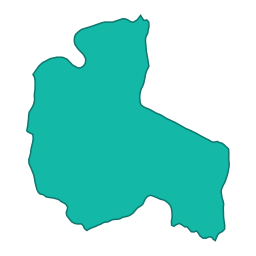 outline of Capinópolis, Minas Gerais, Brazil
{"feature_id": "56859067B52140573071662", "entity_name": "Capinópolis", "entity_type": "district", "adm_level": 2, "iso_a3": "BRA", "parent_name": "Brazil", "parent_adm1": "Minas Gerais", "projection": "equal_earth", "projection_center": [-49.565, -18.674], "detail": "fine", "context": "isolated", "style": "filled", "palette": "teal", "viewbox_px": 256, "rotation_deg": 0, "n_neighbors": 0, "source": "geoboundaries", "source_scale": "gbopen_adm2", "svg_char_len": 3154}
<svg xmlns="http://www.w3.org/2000/svg" viewBox="0 0 256 256"><path d="M140.6,15.4L137.3,19.8L133.4,22.2L130.8,21.7L127.6,19.8L125.7,19.0L122.8,18.7L120.4,19.5L112.5,22.1L109.6,22.1L104.8,22.1L102.4,22.6L89.5,27.0L81.6,29.4L78.7,31.5L75.7,34.3L74.7,36.5L74.3,39.5L74.4,42.1L75.1,44.7L78.2,49.1L83.7,54.8L85.8,59.1L85.3,63.2L83.6,65.9L80.6,67.8L78.0,68.0L72.5,64.9L67.0,59.2L63.2,57.5L61.4,57.2L57.0,57.2L50.1,58.7L42.5,62.7L39.2,65.7L33.0,74.4L34.7,77.8L35.1,81.2L35.1,85.4L35.0,89.8L34.5,93.1L34.3,95.9L34.6,99.6L34.1,102.4L33.4,104.7L32.4,107.0L30.8,109.6L29.2,112.2L28.6,115.7L28.5,118.8L28.1,121.8L27.9,124.7L27.3,127.9L26.8,130.8L28.2,132.2L30.4,133.1L32.8,134.5L33.2,138.0L32.8,141.8L32.1,144.5L31.4,147.6L30.8,150.3L30.7,152.8L29.9,156.0L28.8,159.6L29.0,163.5L30.2,166.3L31.2,168.5L32.4,171.4L33.8,175.2L34.6,179.1L35.1,182.5L35.7,184.8L36.4,187.6L37.2,190.1L38.5,192.6L40.1,194.0L42.0,194.4L43.9,195.0L46.0,196.8L48.8,197.4L51.1,197.7L53.3,198.0L55.5,198.6L57.7,199.2L59.5,200.1L61.2,201.6L63.3,202.6L66.1,204.4L67.7,207.4L67.1,210.1L66.2,212.3L66.7,215.4L68.6,218.0L70.2,220.0L71.8,221.9L74.4,223.3L76.9,223.9L78.8,223.9L81.4,223.9L83.2,225.7L84.7,228.8L86.9,230.5L89.1,229.0L91.1,228.1L93.6,227.1L95.9,226.3L97.8,225.2L100.5,224.3L103.0,222.8L104.9,222.2L107.9,221.9L110.3,220.7L112.2,219.8L114.0,219.4L116.7,219.3L119.7,218.9L122.2,217.5L124.2,216.9L126.2,216.6L128.5,215.9L130.9,214.7L133.3,212.9L135.7,209.9L137.8,207.6L140.4,206.2L142.7,204.3L144.3,201.0L145.4,198.8L147.0,196.9L148.9,195.7L150.8,195.3L152.9,196.0L155.4,197.0L157.8,198.0L160.1,199.1L162.5,199.7L164.4,200.3L166.2,201.5L168.2,203.1L170.1,205.2L171.2,207.7L171.8,210.3L172.1,214.3L172.0,218.2L171.4,221.3L171.6,225.2L174.0,226.3L176.3,224.6L179.4,223.4L182.5,225.2L184.7,226.8L187.2,226.9L189.0,229.0L191.2,231.7L194.1,232.0L196.3,230.8L198.1,232.7L200.0,235.9L202.8,238.1L205.9,238.3L209.1,236.8L211.8,237.3L213.3,239.3L215.3,240.6L216.6,237.3L218.1,234.2L220.1,232.6L222.4,231.5L224.6,229.1L224.7,225.2L224.0,220.6L223.5,216.4L223.5,212.7L223.3,209.7L223.4,206.7L223.7,204.2L223.1,201.0L222.1,198.0L221.7,195.6L221.3,192.7L221.3,190.1L222.1,187.8L223.2,185.3L224.5,182.9L225.5,180.6L226.4,177.8L227.3,175.0L228.0,172.4L228.5,169.4L229.0,166.8L229.2,164.3L228.9,161.2L228.7,158.1L228.8,154.8L228.8,152.3L228.5,148.9L225.7,146.3L223.8,144.5L222.0,143.2L219.5,142.6L217.5,141.5L214.9,142.0L212.0,142.0L209.2,140.2L206.3,138.8L204.0,137.6L201.3,136.2L198.5,134.6L196.1,133.2L193.8,132.2L191.3,130.9L188.7,129.7L185.9,128.6L183.3,127.1L181.5,126.1L179.9,125.1L177.7,124.0L175.5,122.6L172.8,121.4L170.1,120.1L167.9,119.1L166.1,118.3L163.7,116.7L161.2,115.2L159.2,114.3L157.5,113.6L155.7,112.9L153.5,111.6L150.9,110.1L149.0,109.2L146.7,108.3L143.7,106.9L141.4,105.2L140.2,102.7L139.9,99.7L139.7,96.9L140.0,93.7L140.5,91.4L141.2,89.0L142.3,87.0L143.3,84.5L144.0,82.2L144.5,79.7L145.0,77.4L145.6,73.8L146.8,70.4L147.9,68.3L148.9,66.2L148.4,63.2L147.7,58.9L147.0,54.9L146.4,51.5L146.1,48.6L145.9,45.1L145.4,41.3L145.6,38.0L146.5,35.6L147.6,33.6L148.2,30.0L149.0,26.3L148.8,22.2L146.9,20.0L143.8,20.4L142.0,17.7L140.6,15.4Z" fill="#14b8a6" stroke="#0f766e" stroke-width="1.5"/></svg>